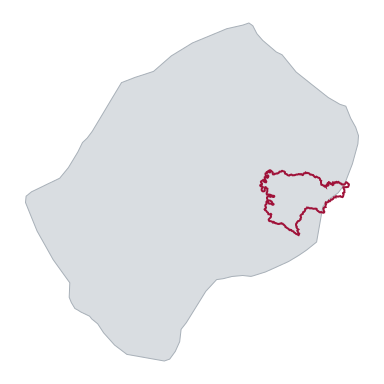 Linakeng, Thaba-Tseka, Lesotho shown in context
{"feature_id": "5366337B53729511602766", "entity_name": "Linakeng", "entity_type": "district", "adm_level": 2, "iso_a3": "LSO", "parent_name": "Lesotho", "parent_adm1": "Thaba-Tseka", "projection": "orthographic", "projection_center": [28.976, -29.679], "detail": "fine", "context": "in_parent", "style": "outline", "palette": "rose", "viewbox_px": 384, "rotation_deg": 0, "n_neighbors": 0, "source": "geoboundaries", "source_scale": "gbopen_adm2", "svg_char_len": 6965}
<svg xmlns="http://www.w3.org/2000/svg" viewBox="0 0 384 384"><path d="M265.4,272.0L252.6,276.0L250.9,276.4L242.7,275.5L231.8,276.5L223.2,278.7L216.6,279.6L205.8,291.3L186.3,322.7L181.1,329.3L179.7,341.6L175.3,351.4L169.7,359.1L164.3,361.0L147.9,358.1L126.9,354.4L114.6,345.1L103.6,332.8L97.7,323.8L91.7,318.9L89.6,316.2L81.0,312.1L77.7,310.0L74.9,308.5L71.3,302.5L69.2,297.3L69.8,282.8L63.6,274.2L53.1,259.6L46.4,247.6L37.1,231.1L31.4,217.1L25.5,202.5L26.1,196.2L31.5,191.8L47.4,184.1L59.7,178.2L68.4,167.6L77.9,151.9L82.5,142.5L87.2,138.1L92.2,131.4L101.1,116.6L110.9,100.2L121.5,82.6L135.0,77.4L153.5,71.4L171.3,55.9L192.5,42.9L226.8,28.7L242.8,25.1L248.9,23.0L252.8,25.7L256.9,33.7L262.7,40.4L276.3,52.0L282.1,54.8L296.1,72.0L311.0,83.9L328.2,97.5L339.9,104.3L345.8,106.2L350.7,118.3L355.7,127.3L358.5,135.7L357.9,143.9L352.4,163.9L344.5,184.4L338.2,192.8L330.5,198.2L322.9,206.3L320.0,222.7L316.6,242.0L306.8,249.9L299.2,255.1L288.6,261.5L265.4,272.0Z" fill="#d9dde1" stroke="#a8b0b8" stroke-width="1"/><path d="M298.6,235.1L299.1,234.1L299.2,233.6L298.3,233.2L298.2,232.4L297.3,230.7L298.4,229.5L297.5,228.9L296.5,227.5L296.5,227.1L296.8,226.7L296.7,226.4L296.1,225.8L296.0,224.1L296.4,223.5L296.7,223.3L296.9,222.4L297.7,221.7L298.0,221.1L299.2,220.8L300.6,219.4L300.4,218.7L300.9,218.0L301.1,217.4L300.8,216.5L300.4,215.9L300.6,215.4L301.7,214.3L302.3,214.2L302.8,214.0L302.9,213.7L302.8,213.3L303.1,212.2L304.2,211.8L304.4,211.3L305.0,210.8L305.1,210.4L305.1,209.0L306.7,208.4L307.1,207.6L307.4,207.8L308.6,207.7L309.2,208.1L309.9,208.4L310.9,208.3L311.1,208.1L311.9,208.4L312.4,208.4L313.2,208.8L315.9,208.6L316.5,208.8L316.4,209.3L316.7,209.8L317.3,210.3L317.7,210.9L318.3,211.1L319.2,212.0L319.7,212.3L320.3,212.4L320.9,212.0L321.1,212.0L322.1,212.5L323.5,212.7L323.6,212.3L323.8,212.1L324.0,212.1L323.9,211.7L324.2,211.5L323.7,210.3L323.4,208.7L323.6,208.1L323.9,208.0L324.1,207.4L325.6,207.1L325.3,206.4L325.6,205.6L325.6,205.3L325.8,204.6L325.7,204.3L325.9,204.2L325.5,203.3L325.8,202.3L326.9,202.5L327.7,202.3L328.2,201.9L328.7,200.8L329.3,201.3L329.8,201.3L330.6,200.5L331.2,199.4L332.3,199.5L332.6,199.1L333.1,198.9L333.8,197.4L334.3,197.5L335.0,197.1L335.5,197.3L335.5,196.8L336.0,196.2L336.3,196.2L337.0,196.6L338.1,196.5L338.4,196.6L340.3,196.1L341.1,196.8L341.4,196.7L342.4,197.1L342.8,196.8L343.0,196.6L343.6,194.3L343.6,194.0L343.0,193.4L343.0,193.1L344.4,192.3L344.2,191.8L344.4,191.3L344.4,189.9L344.0,189.3L343.7,188.5L343.4,188.1L343.3,187.3L343.9,187.1L345.3,187.3L346.1,187.0L346.8,187.2L348.2,186.8L348.9,185.0L348.9,184.4L348.5,184.2L348.4,183.8L347.8,183.5L347.4,182.9L346.7,182.4L346.2,182.2L345.8,182.5L345.4,183.5L344.6,184.5L343.9,184.6L343.5,184.4L342.6,184.6L341.7,184.4L341.6,183.8L341.5,183.7L341.1,183.8L340.4,183.4L340.0,183.3L339.6,182.7L339.1,182.4L338.6,182.4L338.3,182.0L338.0,182.2L337.8,182.7L337.3,182.7L336.8,181.9L336.6,181.8L336.2,182.0L336.2,182.6L335.7,182.6L335.2,182.2L334.8,182.3L334.7,182.4L334.8,183.1L334.6,183.3L334.2,183.2L334.0,182.8L333.6,182.5L333.1,182.4L333.1,182.8L332.7,183.1L332.8,183.4L332.4,183.5L332.5,183.7L333.0,183.9L333.1,184.4L333.2,184.8L332.7,185.1L331.8,184.3L331.7,183.8L331.5,183.7L331.0,184.1L330.8,184.0L330.7,183.6L330.2,183.1L329.9,183.3L329.8,183.6L329.6,183.6L329.3,183.3L329.6,182.9L329.1,182.6L329.1,182.3L328.8,182.2L328.4,183.2L328.5,183.6L328.3,183.7L327.6,183.3L327.5,183.5L327.5,184.1L327.9,184.6L328.3,185.3L328.2,185.4L327.5,185.0L327.1,185.0L326.9,184.6L326.6,184.8L326.7,185.5L327.1,185.6L327.0,185.9L326.0,185.9L325.6,186.2L325.7,186.7L325.2,186.2L324.5,185.7L324.2,185.8L324.1,186.1L323.8,185.8L323.3,185.6L322.7,185.0L321.7,184.9L321.4,184.8L321.2,184.2L321.2,183.5L321.0,183.0L321.0,181.5L321.2,180.8L320.2,180.2L320.0,179.0L319.2,177.9L318.2,177.7L316.4,176.6L315.9,176.8L315.5,177.3L315.1,177.2L314.6,176.9L313.2,175.1L312.8,175.2L311.6,174.6L310.7,174.7L310.0,174.5L309.7,173.9L308.6,173.1L307.7,173.1L307.0,172.8L306.3,173.1L305.5,172.5L304.8,173.4L304.1,173.3L303.6,173.5L302.9,175.0L302.7,175.1L302.3,175.0L301.4,174.2L301.0,174.0L300.1,174.5L299.0,174.0L298.5,174.1L297.9,174.5L296.4,174.5L294.7,175.2L294.2,175.1L293.8,175.3L293.2,175.2L292.4,175.3L291.6,174.6L291.0,174.6L290.4,174.9L289.8,175.0L289.5,175.4L289.1,175.6L287.5,175.1L286.8,174.2L285.2,173.7L284.9,173.1L285.0,172.2L284.9,172.1L284.2,171.5L283.0,171.3L282.5,170.9L281.8,170.9L281.0,171.7L279.5,171.7L278.7,172.9L277.8,173.2L277.6,173.5L276.6,173.4L275.7,173.8L274.8,173.7L274.1,174.4L273.1,174.4L272.7,173.8L272.6,173.3L272.8,172.6L272.6,172.2L271.6,171.3L271.2,170.8L270.0,170.2L269.1,170.6L269.4,170.9L270.2,171.4L270.3,172.0L270.0,172.4L269.7,172.4L269.2,172.0L267.8,171.6L267.1,171.9L267.5,172.5L267.3,172.9L265.9,173.2L265.6,173.3L265.5,173.5L265.5,174.2L265.7,175.4L265.9,175.9L266.4,176.0L267.7,175.3L268.2,175.6L268.4,176.2L268.0,177.4L267.4,177.8L265.7,177.0L265.1,177.0L264.7,177.2L264.7,178.1L264.9,178.9L266.3,181.5L266.2,182.0L266.0,182.3L265.7,182.3L265.1,182.2L264.1,181.7L263.8,181.2L263.7,180.3L263.2,180.0L263.0,180.3L262.5,180.5L261.2,181.3L260.9,181.8L261.0,182.3L262.0,183.6L262.0,184.1L261.8,184.6L261.6,184.7L261.0,184.6L260.3,185.1L260.2,185.4L260.4,185.9L260.8,186.3L261.1,186.4L261.7,186.2L262.9,187.1L262.9,187.3L261.8,188.6L261.6,189.7L261.7,190.2L262.3,191.1L263.0,191.4L264.0,191.3L264.6,191.0L264.8,190.6L264.7,189.3L265.1,187.4L265.3,187.1L265.7,187.1L266.2,187.9L266.8,188.4L267.4,188.6L267.5,188.8L267.3,189.3L267.3,191.5L266.6,193.1L266.7,194.1L267.0,194.6L267.6,194.4L270.1,194.7L272.4,195.7L273.9,195.8L274.2,196.0L274.3,196.3L274.2,196.6L273.7,197.0L273.1,197.0L271.7,196.4L271.4,196.4L270.4,196.9L270.2,196.9L269.7,196.2L269.0,196.0L267.4,196.9L267.0,197.5L267.0,198.5L267.6,199.8L267.8,200.0L268.3,200.4L268.6,200.6L269.9,200.5L271.7,201.6L272.6,203.5L273.4,203.9L273.6,204.2L273.4,204.6L272.8,204.8L271.9,204.4L271.0,203.7L269.3,203.7L268.8,203.4L267.9,201.7L267.7,201.4L266.9,201.2L266.4,201.9L266.5,203.8L266.4,204.1L265.5,204.8L265.3,205.4L265.4,206.3L265.9,207.1L266.0,207.7L265.6,208.3L264.7,209.0L264.6,209.3L264.9,209.5L265.1,210.2L266.0,210.5L267.0,212.0L268.0,212.7L268.4,214.2L269.8,214.4L270.4,213.9L270.6,213.9L270.9,213.9L271.3,214.4L271.2,214.7L270.8,215.0L270.8,215.8L271.0,216.2L270.8,217.2L269.3,218.7L268.7,219.4L268.9,220.6L269.5,221.1L270.7,221.1L272.1,221.8L273.3,221.8L273.8,221.9L274.1,222.2L273.8,222.6L274.1,222.6L275.1,223.1L275.5,223.0L276.0,223.4L276.5,223.3L277.6,223.9L278.1,223.9L278.3,224.0L278.6,223.9L279.1,224.0L279.6,223.7L280.2,223.7L280.8,223.4L280.9,223.6L281.1,223.6L281.4,223.3L281.8,223.6L282.0,223.5L282.7,223.7L283.1,224.3L283.9,224.7L284.0,225.0L284.9,225.7L285.3,226.3L285.4,226.8L285.6,226.8L285.7,227.1L285.9,227.1L286.6,227.6L286.7,227.8L288.1,228.6L288.8,229.3L289.4,229.6L289.6,229.9L289.6,230.1L289.9,230.2L290.5,229.8L291.3,230.0L291.5,230.6L292.2,231.1L293.5,231.4L294.0,232.3L294.5,232.8L295.2,233.0L295.9,233.8L296.9,234.2L298.6,235.1Z" fill="none" stroke="#9f1239" stroke-width="2"/></svg>